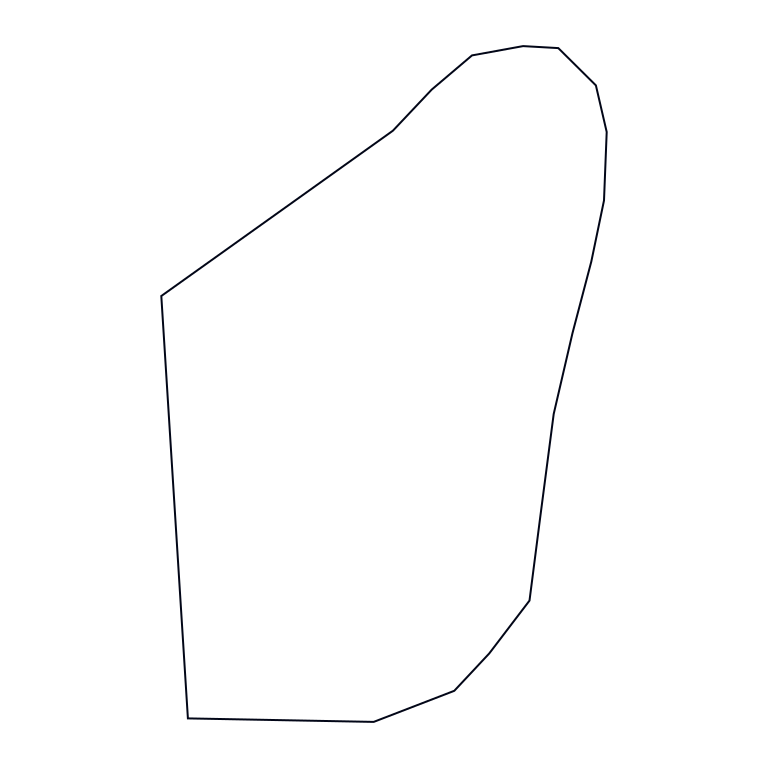 Bujumbura Mairie, Natural Earth projection
{"feature_id": "BDI-3364", "entity_name": "Bujumbura Mairie", "entity_type": "Province", "adm_level": 1, "iso_a3": "BDI", "parent_name": "Burundi", "parent_adm1": "", "projection": "natural_earth1", "projection_center": [29.344, -3.441], "detail": "fine", "context": "isolated", "style": "outline", "palette": "ink", "viewbox_px": 768, "rotation_deg": 0, "n_neighbors": 0, "source": "natural_earth", "source_scale": "10m", "svg_char_len": 362}
<svg xmlns="http://www.w3.org/2000/svg" viewBox="0 0 768 768"><path d="M187.9,718.4L161.3,296.0L283.4,208.9L392.9,130.7L431.7,89.6L472.0,55.4L523.1,46.1L558.3,48.1L595.9,85.4L606.7,132.0L604.0,200.5L591.3,261.6L572.5,333.1L553.7,414.0L540.3,516.6L529.5,600.6L489.2,653.5L454.3,690.8L373.7,721.9L187.9,718.4Z" fill="none" stroke="#020617" stroke-width="2"/></svg>